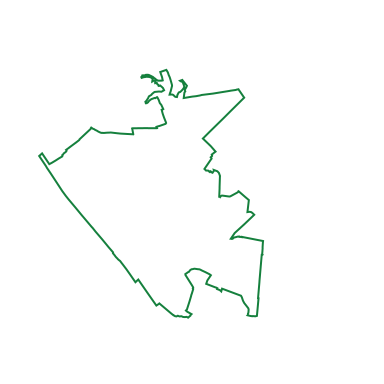 Mircea Voda, Constanta, Romania (Robinson projection), rotated 45°
{"feature_id": "2599482B76802521159862", "entity_name": "Mircea Voda", "entity_type": "district", "adm_level": 2, "iso_a3": "ROU", "parent_name": "Romania", "parent_adm1": "Constanta", "projection": "robinson", "projection_center": [28.188, 44.308], "detail": "fine", "context": "isolated", "style": "outline", "palette": "green", "viewbox_px": 384, "rotation_deg": 45, "n_neighbors": 0, "source": "geoboundaries", "source_scale": "gbopen_adm2", "svg_char_len": 5847}
<svg xmlns="http://www.w3.org/2000/svg" viewBox="0 0 384 384"><g transform="rotate(45 192 192)"><path d="M283.6,184.0L281.6,181.7L280.8,181.0L280.5,180.6L278.2,178.0L276.9,176.4L272.2,179.6L265.2,184.3L261.5,186.8L260.0,187.8L259.2,188.3L259.4,188.5L257.9,189.6L257.6,189.7L257.4,190.0L257.3,189.9L257.1,189.9L256.5,190.5L256.1,190.9L255.7,191.5L254.7,193.3L254.1,194.1L254.0,194.4L253.9,194.7L253.8,196.2L253.8,196.3L253.6,196.6L253.4,197.0L253.0,197.2L252.5,197.6L251.2,190.8L251.8,177.5L252.1,164.1L250.3,164.1L249.1,164.2L248.3,164.3L247.7,164.6L247.0,165.1L246.5,165.5L245.4,167.0L237.9,157.5L233.1,157.9L224.6,158.5L224.3,158.6L224.5,159.3L224.6,159.6L224.5,160.0L224.0,161.8L222.2,167.9L222.1,168.1L221.7,168.7L220.6,169.6L216.5,172.7L215.9,173.2L215.6,173.5L215.4,174.0L215.3,174.5L215.5,175.7L215.1,175.7L214.6,176.1L209.1,170.1L208.1,169.1L200.6,161.1L200.5,160.9L197.6,159.5L195.3,159.4L191.8,161.0L192.5,161.4L192.9,163.9L192.2,164.2L191.9,164.2L191.0,164.2L190.4,164.2L190.3,164.3L190.4,164.6L190.6,165.0L190.6,165.3L190.2,165.4L189.1,165.4L188.6,165.4L188.2,165.5L187.5,166.2L187.1,166.5L186.8,166.9L185.6,166.9L184.5,166.9L182.4,155.7L182.4,155.2L182.2,154.5L181.5,154.3L180.7,154.2L180.8,152.7L180.7,152.2L180.2,151.9L179.5,151.6L180.0,147.4L180.1,146.8L173.0,146.3L161.9,146.5L161.9,136.9L162.1,118.0L162.1,107.8L162.2,88.4L152.5,86.6L152.2,86.5L151.5,87.6L151.2,88.0L150.8,88.9L147.4,93.4L147.4,93.5L137.3,107.5L130.2,116.6L129.9,117.2L129.2,118.4L129.1,118.5L127.1,121.4L124.7,124.4L119.7,131.4L116.3,127.0L116.1,125.6L115.0,125.1L114.6,124.7L114.4,123.8L113.9,122.0L113.3,120.5L106.3,119.7L105.9,119.6L104.9,121.8L105.6,121.7L106.2,121.5L107.4,120.9L107.7,120.9L107.9,120.9L108.5,121.2L109.4,121.7L109.9,121.8L110.5,122.1L111.4,122.7L111.9,122.9L112.2,123.2L112.4,123.4L112.6,124.3L112.9,125.9L113.0,128.1L112.9,129.7L112.7,130.0L112.4,130.5L112.3,130.9L112.4,131.4L112.5,131.9L113.1,133.7L113.2,134.0L113.7,134.6L113.9,135.0L114.2,135.5L113.8,135.8L113.2,136.3L112.8,136.5L112.3,136.6L111.4,136.6L110.4,136.6L109.9,136.7L109.2,137.0L108.8,137.3L107.3,139.0L106.6,137.8L105.9,136.2L104.3,133.5L103.1,131.5L102.9,131.1L102.2,130.5L101.5,130.1L99.2,128.8L95.9,127.0L94.6,126.4L92.9,125.8L90.4,124.5L89.9,124.4L88.8,124.1L87.5,123.8L84.7,129.6L89.5,131.9L92.4,133.8L92.3,134.0L91.8,134.7L89.8,136.8L89.1,137.3L88.6,137.4L88.3,137.6L88.2,137.8L87.8,137.9L85.9,137.9L84.6,138.2L83.8,138.2L83.0,138.3L81.1,138.9L80.2,139.2L79.6,139.5L79.2,139.7L78.8,139.7L78.6,139.8L77.5,140.7L76.5,141.8L76.1,142.8L75.8,143.3L74.9,144.1L74.4,144.7L75.0,145.8L74.9,146.6L75.4,146.8L75.7,146.9L76.7,144.9L77.6,143.8L78.1,142.9L79.1,142.0L80.5,140.8L82.2,140.0L82.7,139.9L83.8,140.0L84.5,140.1L85.0,140.6L85.3,141.4L85.8,142.0L86.0,141.3L86.0,140.7L86.4,140.1L86.8,139.7L88.0,139.9L88.6,140.1L88.9,140.4L88.8,141.0L89.0,141.1L89.4,140.2L89.8,139.7L90.8,140.2L91.5,140.3L92.3,140.0L93.3,140.6L93.6,140.5L93.9,140.0L94.1,139.5L94.2,139.2L96.8,139.0L98.0,139.0L100.3,139.8L99.5,142.7L97.6,144.3L94.8,147.7L94.6,148.8L94.4,151.2L94.6,152.0L93.9,154.9L94.6,156.6L95.3,160.0L95.2,161.1L96.6,161.9L97.2,161.2L97.5,159.5L97.2,158.6L97.4,156.1L97.7,154.9L99.1,151.9L99.7,151.6L100.0,150.4L100.2,149.6L100.7,149.6L103.5,150.5L106.4,151.9L108.7,152.1L109.5,152.4L113.1,153.7L113.0,154.2L112.4,155.3L116.0,157.4L119.5,159.1L123.9,161.0L124.9,161.5L125.1,162.5L122.5,167.9L121.0,170.6L120.8,171.1L122.1,171.6L122.0,171.8L113.6,180.1L104.9,189.0L104.7,189.4L105.4,189.8L109.5,192.6L109.4,192.8L109.5,192.9L100.2,201.2L97.5,203.4L92.6,207.3L89.3,210.9L88.7,211.7L87.2,213.3L86.6,213.7L86.1,214.3L85.5,214.6L84.3,215.1L82.8,215.6L81.4,215.9L79.5,216.6L78.6,216.7L77.3,217.3L75.2,217.7L75.3,218.3L75.5,218.5L75.7,218.8L75.7,219.9L75.2,234.2L75.3,234.3L75.4,234.5L75.5,235.0L75.2,237.6L74.1,245.0L73.2,251.2L73.8,251.2L74.0,251.3L74.2,251.6L74.3,252.4L74.4,252.6L74.2,254.5L74.1,254.9L74.0,255.4L74.3,256.6L74.4,257.3L74.2,257.6L74.4,257.9L74.9,258.2L75.0,258.4L75.1,258.6L74.1,262.5L73.3,266.2L72.2,270.6L71.4,273.2L60.7,271.1L58.7,270.7L58.5,274.6L70.6,277.0L72.3,277.5L79.1,278.8L99.7,283.1L105.6,284.0L110.0,284.5L120.4,285.4L130.8,286.4L146.4,287.7L146.6,287.6L151.6,288.2L162.0,289.0L172.1,290.0L178.9,290.5L179.4,291.2L181.5,291.4L182.5,291.5L183.3,291.7L184.7,291.8L186.5,291.8L187.1,291.9L188.5,291.8L190.0,291.6L191.3,291.8L192.6,292.0L193.6,292.1L200.2,293.0L204.8,293.8L206.0,294.0L215.8,295.8L215.9,291.9L219.7,292.6L231.8,294.8L247.1,297.5L247.7,294.5L247.7,293.9L263.2,292.6L265.9,292.3L266.0,292.1L266.6,292.1L267.8,291.8L268.9,291.0L269.1,290.8L269.2,290.4L269.4,289.6L269.7,289.4L270.3,289.2L270.8,289.0L271.4,288.6L272.1,287.6L272.4,287.3L274.0,286.7L274.6,286.2L275.2,285.7L275.6,285.3L276.1,284.6L276.6,284.0L278.1,283.6L278.2,282.0L278.3,280.6L278.0,280.2L278.0,278.7L273.3,280.0L272.7,280.1L271.5,280.1L271.5,279.9L271.5,278.7L267.7,271.3L265.1,266.5L264.6,265.7L264.3,265.3L264.2,264.9L263.9,264.4L263.7,263.9L261.5,259.8L261.2,259.8L261.0,259.7L260.7,259.6L260.6,259.3L260.4,258.7L260.2,258.6L257.9,258.0L246.0,255.3L245.3,254.7L245.7,252.9L245.8,251.8L246.0,251.3L246.3,250.4L246.1,249.7L246.0,248.8L246.0,248.3L246.2,247.5L246.3,247.0L247.0,246.1L247.7,244.9L248.1,244.4L250.8,242.4L251.7,241.6L252.2,241.3L253.2,240.9L254.3,240.6L258.1,239.2L262.1,237.9L263.4,237.6L264.2,237.5L264.5,239.0L265.3,243.2L265.5,243.9L267.0,246.9L275.8,243.0L276.9,242.4L277.9,242.1L278.3,242.9L281.1,241.7L283.0,241.6L281.6,239.1L300.0,230.7L301.1,231.0L301.9,231.3L304.9,232.8L307.5,233.6L310.1,233.9L310.9,234.0L314.0,234.4L314.4,234.6L315.2,235.1L317.0,237.2L317.4,237.8L317.5,238.3L318.6,239.7L318.6,239.8L320.9,238.4L322.5,237.2L322.6,236.9L323.6,236.0L324.7,235.1L325.5,233.7L314.2,220.1L313.8,220.4L303.1,207.7L302.8,207.4L285.7,187.1L286.2,186.6L286.2,186.4L285.6,186.2L285.2,185.9L283.6,184.0Z" fill="none" stroke="#15803d" stroke-width="2"/></g></svg>